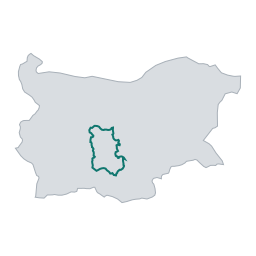 location of Plovdiv within Bulgaria
{"feature_id": "BGR-2235", "entity_name": "Plovdiv", "entity_type": "Province", "adm_level": 1, "iso_a3": "BGR", "parent_name": "Bulgaria", "parent_adm1": "", "projection": "orthographic", "projection_center": [24.881, 42.293], "detail": "fine", "context": "in_parent", "style": "outline", "palette": "teal", "viewbox_px": 256, "rotation_deg": 0, "n_neighbors": 0, "source": "natural_earth", "source_scale": "10m", "svg_char_len": 3716}
<svg xmlns="http://www.w3.org/2000/svg" viewBox="0 0 256 256"><path d="M223.5,164.6L218.5,163.9L216.8,164.2L215.7,165.5L213.4,165.3L210.5,165.4L207.6,166.9L206.0,167.6L203.7,166.4L199.5,162.6L196.9,160.0L195.0,159.4L193.2,160.2L186.5,161.3L185.0,162.9L181.9,164.7L178.9,165.6L174.4,166.3L172.1,166.3L170.8,167.1L169.7,169.7L169.0,172.2L168.4,173.2L162.8,174.5L161.6,176.0L161.3,177.4L161.4,178.8L157.0,177.5L153.5,178.4L152.7,179.5L152.0,181.0L152.5,182.7L153.8,184.2L155.0,188.5L155.5,192.8L154.8,195.2L152.3,197.0L147.0,199.0L141.8,198.1L139.6,198.9L135.8,199.2L132.3,199.8L126.9,201.5L122.0,202.6L117.6,199.0L112.4,196.6L107.0,195.2L105.1,196.2L104.2,197.1L99.7,193.9L97.6,192.7L96.7,191.5L94.8,187.3L93.7,187.2L89.9,188.7L86.3,188.6L84.1,188.3L77.6,188.4L76.8,191.3L75.9,191.7L74.5,192.1L71.1,191.9L66.7,194.0L61.9,195.2L58.3,195.2L54.5,194.5L52.2,194.9L47.3,195.0L44.1,198.1L39.2,197.8L35.2,197.2L35.7,196.2L36.8,183.9L38.9,178.4L38.9,177.3L38.5,176.4L36.7,175.5L35.5,172.5L33.0,164.6L31.5,163.0L27.4,161.2L23.8,158.8L20.8,155.8L15.4,148.2L18.2,147.6L19.1,146.1L22.1,142.1L22.5,140.2L22.2,139.0L20.4,137.0L19.2,132.7L20.3,128.8L20.4,126.8L19.5,124.7L20.6,122.2L22.7,120.9L24.0,120.5L29.3,120.4L32.9,115.4L35.0,113.9L37.1,111.1L38.1,110.1L39.1,107.9L39.5,105.6L35.3,102.3L34.0,99.9L32.1,97.2L29.7,95.3L24.6,92.0L22.7,88.8L21.9,84.6L20.7,81.5L19.3,79.4L19.0,77.7L18.5,75.7L18.4,71.7L19.8,66.4L20.6,64.5L22.4,64.0L27.0,61.3L27.3,57.7L28.2,55.5L29.7,54.2L31.0,53.4L33.5,55.6L39.4,59.1L42.3,61.6L42.2,63.1L40.7,64.6L38.1,66.0L36.5,67.9L36.0,70.3L36.4,72.0L38.2,73.5L49.1,71.8L60.1,73.0L75.0,76.5L84.8,77.8L92.1,76.3L105.6,79.1L118.2,81.7L130.3,82.4L137.0,80.3L141.8,77.5L145.8,72.3L155.8,65.4L165.4,61.5L178.1,58.1L186.5,56.9L187.8,57.9L198.8,63.8L203.6,63.7L207.6,64.6L209.0,66.2L210.0,66.6L215.2,64.9L217.6,68.2L221.4,72.8L227.6,75.1L233.1,76.2L234.9,76.4L240.6,76.0L240.3,88.0L237.1,93.7L231.8,92.0L225.2,93.8L221.9,100.3L219.9,102.2L218.2,104.5L217.3,112.7L217.5,126.1L215.0,127.8L212.7,128.4L203.3,140.5L209.0,143.7L211.6,146.1L216.0,153.0L222.2,160.8L223.5,164.6Z" fill="#d9dde1" stroke="#a8b0b8" stroke-width="1"/><path d="M113.0,128.1L112.8,129.9L113.4,133.4L113.0,134.4L112.4,134.6L113.2,136.6L113.2,137.3L113.5,138.4L114.1,139.2L115.5,140.3L117.2,140.3L118.4,139.9L119.0,140.9L118.3,142.7L119.1,143.6L119.6,143.9L119.8,144.5L119.6,145.2L118.9,145.1L117.6,144.6L116.5,145.3L116.8,147.1L116.8,148.3L117.2,149.4L118.0,151.0L117.0,151.6L115.7,152.1L115.3,153.8L115.8,155.9L116.5,156.4L116.8,156.2L117.2,156.6L117.8,156.9L118.2,157.2L118.1,157.9L118.7,158.0L119.3,156.8L119.9,156.7L121.2,156.4L122.4,156.7L123.8,157.6L124.7,159.0L123.9,158.6L123.4,158.5L123.0,158.5L123.0,160.8L123.3,162.5L123.6,164.3L123.4,164.9L123.6,165.3L124.0,165.7L123.9,166.5L122.7,168.6L120.8,169.9L119.8,169.7L119.0,170.2L118.6,170.8L118.1,171.0L117.5,171.8L117.2,172.9L116.4,173.5L116.2,174.6L116.0,175.4L115.1,175.3L114.5,175.0L113.8,175.0L112.4,173.1L111.4,173.5L110.2,173.5L109.4,172.2L108.5,171.4L106.9,170.3L105.6,168.6L103.8,168.1L102.0,168.3L100.0,168.9L98.2,170.0L96.5,170.8L92.4,167.6L92.8,165.3L92.3,163.0L92.1,161.6L92.5,160.5L92.4,158.5L93.3,157.8L94.3,157.5L94.8,156.8L94.2,156.1L93.6,155.6L93.7,154.6L93.8,153.2L93.6,151.9L93.0,151.0L92.9,150.3L93.5,149.0L92.6,147.5L92.0,147.2L92.0,146.3L91.6,145.2L91.6,144.1L91.7,143.6L91.2,142.3L90.4,142.1L90.5,139.7L91.0,137.3L92.2,137.2L93.2,136.6L93.3,135.5L92.4,134.8L91.3,133.2L89.7,132.4L89.3,130.1L90.6,127.7L92.1,127.9L94.4,125.9L95.8,125.9L97.5,126.1L99.1,126.8L100.3,128.4L101.8,129.7L103.5,130.0L104.1,129.9L104.4,129.6L106.3,129.6L108.1,130.0L109.8,129.8L111.3,128.9L111.4,128.3L111.8,127.9L113.0,127.6L113.0,128.1Z" fill="none" stroke="#0f766e" stroke-width="2"/></svg>